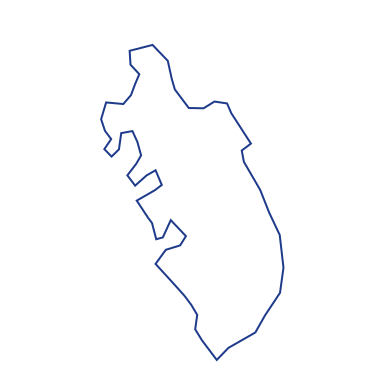 Dong-gu [East District], Ulsan, South Korea, rotated 143°
{"feature_id": "91817680B33034423068968", "entity_name": "Dong-gu [East District]", "entity_type": "district", "adm_level": 2, "iso_a3": "KOR", "parent_name": "South Korea", "parent_adm1": "Ulsan", "projection": "natural_earth1", "projection_center": [129.43, 35.518], "detail": "fine", "context": "isolated", "style": "outline", "palette": "blue", "viewbox_px": 384, "rotation_deg": 143, "n_neighbors": 0, "source": "geoboundaries", "source_scale": "gbopen_adm2", "svg_char_len": 901}
<svg xmlns="http://www.w3.org/2000/svg" viewBox="0 0 384 384"><g transform="rotate(143 192 192)"><path d="M115.8,195.2L113.2,231.3L110.7,241.6L119.6,250.7L132.4,251.9L144.0,261.0L144.0,284.2L140.1,294.5L132.4,311.3L135.0,333.2L156.8,342.3L164.5,330.7L163.2,317.8L172.2,312.6L182.4,306.1L193.9,303.6L206.7,315.2L220.8,304.8L224.7,293.2L224.7,282.9L236.2,279.0L234.9,268.7L224.7,270.0L213.1,281.6L202.9,276.5L205.5,264.8L210.6,251.9L219.5,248.1L233.6,244.2L233.6,231.3L218.3,232.6L208.0,231.3L211.9,215.8L220.8,215.8L241.3,218.4L242.6,197.8L242.6,191.3L249.0,175.8L242.6,173.3L225.9,182.3L223.4,160.4L233.6,156.5L247.7,161.6L264.4,156.5L261.8,129.4L260.5,113.9L260.5,102.3L261.8,90.7L272.1,80.4L273.3,67.5L273.3,43.0L256.7,45.6L225.9,41.7L208.0,49.5L182.4,58.5L164.5,76.5L147.8,104.9L142.7,129.4L136.3,152.6L132.4,184.9L127.3,195.2L115.8,195.2Z" fill="none" stroke="#1e3a8a" stroke-width="2"/></g></svg>